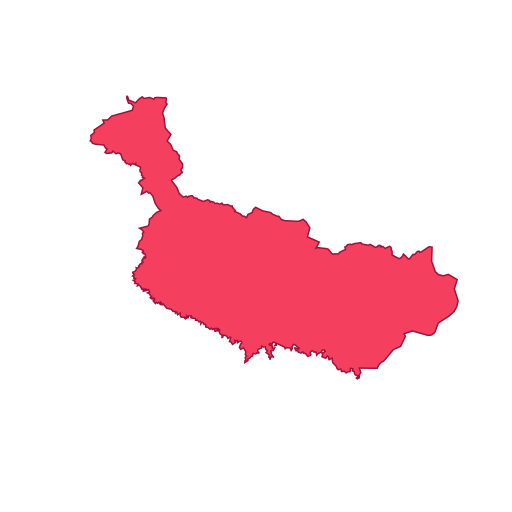 Amatepec, México, Mexico (orthographic projection), rotated 207°
{"feature_id": "50627088B36685248092481", "entity_name": "Amatepec", "entity_type": "district", "adm_level": 2, "iso_a3": "MEX", "parent_name": "Mexico", "parent_adm1": "México", "projection": "orthographic", "projection_center": [-100.221, 18.699], "detail": "fine", "context": "isolated", "style": "filled", "palette": "rose", "viewbox_px": 512, "rotation_deg": 207, "n_neighbors": 0, "source": "geoboundaries", "source_scale": "gbopen_adm2", "svg_char_len": 6146}
<svg xmlns="http://www.w3.org/2000/svg" viewBox="0 0 512 512"><g transform="rotate(207 256 256)"><path d="M347.1,176.9L345.4,176.6L342.7,174.6L342.1,175.5L340.4,173.5L338.2,175.2L340.4,175.2L340.5,175.8L339.1,176.6L338.3,176.0L336.5,177.4L334.5,175.7L335.9,173.9L334.1,174.0L331.2,172.4L330.7,172.7L330.5,171.6L331.3,171.0L330.8,170.5L328.9,170.5L328.7,171.9L327.1,172.2L326.7,171.8L327.3,171.0L326.5,170.2L327.2,169.3L324.1,168.0L323.9,169.5L322.3,169.1L321.8,170.5L319.3,169.4L319.2,170.5L320.6,170.8L320.0,171.8L317.5,169.8L316.9,171.2L311.6,168.8L307.6,170.1L304.8,169.0L302.8,169.8L301.8,168.5L301.2,170.0L299.2,168.0L297.7,170.7L296.3,168.3L295.0,167.5L290.9,169.4L291.1,168.1L290.3,167.9L289.3,169.4L290.5,171.3L288.5,170.6L288.7,172.2L286.8,173.2L285.8,172.8L286.2,171.8L285.7,171.4L281.7,172.7L281.0,172.4L280.7,171.3L278.7,172.2L276.8,171.4L276.0,172.6L275.0,172.1L274.3,170.4L273.8,172.4L272.5,172.5L271.3,171.5L270.0,172.2L268.4,169.9L266.4,170.5L263.7,169.8L263.0,171.5L261.5,170.7L260.4,172.3L258.3,170.3L255.7,172.5L255.9,173.1L258.6,173.3L257.1,174.2L254.8,173.7L254.5,171.9L252.5,170.2L250.1,170.0L249.4,168.0L248.8,168.5L249.1,170.5L248.7,171.0L245.8,171.3L243.6,169.9L242.5,171.8L241.5,172.0L240.8,167.7L239.0,168.0L236.8,166.5L235.0,169.6L236.6,171.1L235.0,171.3L234.2,172.3L233.1,170.4L231.6,172.9L230.2,173.2L229.2,171.9L229.7,170.8L229.4,167.1L227.2,165.9L225.3,168.5L221.6,166.0L220.7,163.1L219.0,162.6L219.5,160.5L217.9,158.7L218.3,157.6L217.6,156.0L215.7,159.2L216.5,160.7L215.2,161.9L214.8,164.0L213.8,165.1L214.1,167.9L211.8,168.7L211.0,170.4L209.5,170.5L209.7,171.5L210.8,171.4L211.8,172.9L211.6,174.1L209.3,176.5L210.0,178.3L207.9,178.3L206.6,179.4L205.0,177.3L202.8,176.8L203.2,174.5L199.3,174.0L198.7,171.7L197.2,171.2L196.5,169.9L197.0,172.7L195.2,173.9L193.9,173.6L198.1,175.7L198.6,177.1L199.6,177.6L199.5,178.6L197.7,179.5L197.7,182.6L199.4,181.2L201.3,183.9L201.5,183.2L203.5,182.7L204.1,183.1L204.0,184.3L201.7,184.7L201.8,186.5L201.0,187.4L198.2,187.3L198.6,184.6L197.4,185.7L197.9,187.1L197.5,187.6L189.2,187.8L187.9,186.6L187.3,188.0L184.1,189.6L181.8,187.8L181.6,189.9L182.7,191.4L182.6,194.2L180.9,194.5L175.6,193.4L176.1,192.0L178.8,192.2L179.8,191.6L177.3,189.7L175.9,190.5L174.6,189.5L171.7,190.0L170.8,191.8L169.5,191.0L167.5,191.6L164.3,190.0L162.3,192.4L162.5,193.5L163.8,194.2L163.5,196.4L162.4,197.2L160.6,196.7L159.0,197.7L156.9,195.2L156.3,197.5L154.1,200.2L154.3,202.3L152.5,203.3L151.1,202.6L152.1,200.1L153.4,199.7L152.1,198.6L151.5,196.2L147.4,196.5L147.1,199.4L145.2,198.9L145.1,197.8L143.8,196.8L141.9,199.5L139.2,195.8L134.5,194.2L132.7,192.5L131.2,192.0L129.0,193.7L127.4,191.9L124.9,193.4L122.6,192.7L121.8,194.2L119.7,195.7L120.9,198.8L118.3,199.5L118.3,197.4L115.9,197.6L114.9,196.0L113.5,195.1L110.3,195.8L111.2,192.8L110.0,192.5L108.7,194.3L110.0,197.4L109.6,199.6L113.0,203.1L97.1,210.9L97.0,215.3L96.2,218.1L94.5,220.5L91.1,235.0L86.1,241.2L86.4,252.2L88.7,254.0L82.6,260.2L66.9,263.3L64.3,264.8L62.5,267.5L62.0,269.6L63.2,279.0L56.8,290.0L54.3,296.4L54.1,301.8L55.5,307.7L64.3,316.7L66.0,326.3L76.3,326.9L79.9,323.5L85.1,322.2L89.2,323.5L97.2,331.2L103.1,343.8L106.0,342.9L110.6,334.7L111.7,333.7L112.7,334.3L114.2,333.5L115.3,329.3L116.9,328.7L117.9,323.1L118.9,322.6L125.5,324.7L125.5,321.8L126.7,319.1L127.9,318.5L135.2,318.7L136.9,322.1L137.9,322.4L139.5,324.9L141.4,325.3L144.5,321.3L147.1,322.1L149.1,320.7L149.7,321.2L149.4,321.7L150.6,321.7L152.0,320.7L151.8,319.8L153.5,317.9L159.5,318.2L161.0,316.5L167.1,314.8L168.6,315.5L174.5,311.3L175.8,309.5L177.4,309.3L179.6,307.6L179.7,306.1L180.9,304.3L179.2,302.5L183.2,297.3L183.3,295.5L189.0,292.4L194.6,294.8L196.5,294.6L205.3,291.3L206.1,290.3L205.9,297.1L218.9,296.4L220.8,305.5L226.9,309.1L230.7,310.1L233.2,306.8L235.4,305.4L246.6,300.5L249.8,300.0L253.8,301.8L255.0,301.1L260.2,300.7L262.6,301.4L270.4,299.3L278.5,299.2L279.5,296.5L279.2,292.9L282.1,289.4L281.9,285.9L284.6,286.1L286.0,285.4L289.1,286.4L295.1,286.0L295.0,287.0L299.3,288.8L300.0,289.8L301.1,289.0L304.5,289.0L308.3,286.7L310.4,287.7L311.7,285.7L314.3,285.5L316.4,284.2L318.3,284.8L320.8,284.3L321.3,283.3L322.4,284.2L324.5,284.2L327.7,280.7L333.7,280.1L334.7,280.7L337.6,279.7L340.2,280.8L343.2,278.6L343.6,277.3L345.3,277.7L347.6,275.4L352.8,276.9L357.8,281.2L365.5,284.9L365.5,286.0L363.7,288.2L361.9,292.6L360.7,293.5L360.6,295.5L359.5,296.9L362.1,298.6L361.6,301.5L363.1,304.6L368.6,307.4L369.6,310.6L372.3,311.4L374.1,312.9L377.7,312.6L382.7,316.7L387.3,318.1L387.0,325.7L394.9,328.7L400.4,337.1L404.1,340.8L404.7,346.2L404.2,351.0L406.0,351.6L407.3,355.7L408.0,356.0L415.9,352.5L417.9,351.2L418.1,349.3L422.9,348.9L427.3,345.5L429.6,346.2L431.2,343.4L432.9,337.8L440.1,337.2L443.0,339.9L443.6,339.6L442.4,337.5L439.0,334.3L436.6,335.0L433.1,333.8L432.4,329.6L448.1,315.2L449.9,309.9L454.2,307.6L451.6,305.5L457.5,294.7L456.1,292.6L457.9,288.5L456.1,285.7L456.0,283.3L454.0,283.1L453.2,282.3L450.1,282.6L442.0,285.8L439.1,283.9L437.3,283.9L437.6,279.8L435.8,279.5L431.3,282.4L431.1,284.5L427.2,283.5L425.9,285.1L423.0,285.6L418.4,281.2L415.9,281.4L415.7,280.5L413.2,279.4L412.5,280.2L410.9,280.0L410.0,280.7L409.0,279.8L408.0,282.4L405.9,282.4L405.2,283.8L404.6,282.5L399.8,282.8L398.9,282.2L398.3,279.5L397.3,278.4L395.7,278.5L394.8,276.1L393.3,275.8L393.0,274.6L390.6,274.7L392.2,272.3L392.1,271.2L393.3,271.0L393.8,267.8L387.8,265.5L386.2,258.9L382.6,264.0L380.0,263.3L379.2,264.3L375.0,262.4L369.7,257.1L364.3,254.0L361.4,253.3L364.2,250.0L366.0,245.4L366.1,243.4L367.7,240.5L365.8,236.0L365.7,233.7L372.4,227.9L369.2,227.6L366.9,226.4L367.5,224.6L366.2,223.0L365.4,218.8L366.6,216.1L365.5,210.9L365.8,208.5L361.5,209.7L358.7,209.5L358.2,208.7L359.1,207.7L357.2,206.9L356.0,207.6L353.7,204.8L353.8,204.2L355.9,204.5L354.3,203.4L355.6,202.7L355.1,201.3L355.7,200.4L354.0,199.3L354.9,198.6L354.2,197.1L355.5,196.6L355.9,194.4L355.4,193.9L356.0,193.6L355.4,192.6L356.0,191.4L357.4,191.2L356.6,190.4L356.6,187.9L358.4,185.6L358.1,184.9L356.1,184.4L356.9,182.2L355.6,182.5L354.7,180.6L353.0,181.2L353.2,179.5L354.3,178.6L351.7,178.2L351.6,176.5L348.8,177.6L348.2,175.5L347.1,176.9Z" fill="#f43f5e" stroke="#9f1239" stroke-width="1.5"/></g></svg>